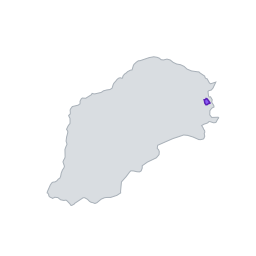 location of Szombathely within Hungary, rotated 160°
{"feature_id": "HUN-4903", "entity_name": "Szombathely", "entity_type": "Urban county", "adm_level": 1, "iso_a3": "HUN", "parent_name": "Hungary", "parent_adm1": "", "projection": "mercator", "projection_center": [16.615, 47.219], "detail": "fine", "context": "in_parent", "style": "filled", "palette": "violet", "viewbox_px": 256, "rotation_deg": 160, "n_neighbors": 0, "source": "natural_earth", "source_scale": "10m", "svg_char_len": 2827}
<svg xmlns="http://www.w3.org/2000/svg" viewBox="0 0 256 256"><g transform="rotate(160 128 128)"><path d="M204.6,74.9L207.4,74.5L207.5,74.6L208.1,74.8L208.6,76.8L209.3,78.3L210.0,80.0L210.9,81.4L213.1,81.9L215.9,83.6L217.7,86.6L220.4,87.9L220.6,88.0L221.1,87.8L223.1,87.7L223.4,88.3L225.0,89.8L225.6,91.2L225.3,92.6L225.6,94.2L226.2,94.7L225.5,95.8L220.4,101.1L218.4,102.5L217.1,102.8L215.0,102.3L212.9,102.7L211.0,103.8L209.2,104.2L207.9,105.5L206.2,108.4L204.0,110.9L201.9,112.4L200.8,113.8L200.7,118.4L199.5,119.8L197.9,121.1L197.0,122.3L194.6,129.4L192.7,131.7L191.0,133.4L190.7,135.0L190.7,136.8L188.8,140.5L186.2,144.2L185.7,145.7L186.2,147.8L183.8,150.2L182.3,151.3L181.1,151.9L180.4,153.4L179.2,157.0L179.5,158.6L179.5,160.1L177.4,161.0L176.8,162.6L176.3,164.6L175.4,165.6L173.0,167.2L167.1,166.5L164.9,167.1L164.3,168.3L164.1,169.2L163.4,170.1L162.0,171.3L160.7,171.8L157.6,170.4L151.0,171.8L149.9,172.8L149.0,172.1L147.6,171.4L141.0,170.6L138.4,171.3L134.9,171.0L131.7,170.3L129.3,170.9L127.2,173.7L126.2,174.7L125.3,175.3L123.5,176.2L122.0,177.2L120.0,178.0L118.2,177.9L116.5,176.7L115.9,177.0L115.3,178.1L114.4,179.0L111.9,180.2L111.2,180.2L109.1,181.1L105.9,181.5L104.3,181.2L101.4,185.1L100.5,185.8L97.7,187.0L95.4,187.6L93.4,187.1L92.7,187.1L84.0,186.9L79.4,186.1L76.5,184.5L74.6,182.8L73.6,180.9L71.4,179.8L67.8,179.4L65.1,177.5L63.1,174.2L60.4,171.5L57.0,169.5L54.3,166.8L52.4,163.2L48.8,159.9L43.6,157.1L42.1,156.4L41.8,155.5L39.2,151.9L38.2,150.6L38.3,148.8L37.8,147.8L36.8,147.1L36.4,144.5L36.1,142.6L35.3,141.3L29.8,141.1L34.4,136.5L36.7,135.2L39.4,135.4L40.3,135.0L40.5,134.3L40.9,132.8L41.2,131.4L41.4,130.1L41.1,129.3L39.8,129.1L39.2,125.8L39.9,124.5L40.5,123.7L39.7,119.7L40.0,118.3L42.0,118.1L43.8,117.2L45.2,116.2L45.6,115.0L46.7,112.4L45.7,109.3L39.6,107.3L39.3,106.5L40.7,105.6L42.2,104.3L43.1,103.4L44.2,103.2L45.9,103.7L48.8,106.0L49.9,106.3L51.0,105.7L52.1,105.5L55.3,105.6L58.0,105.1L57.4,102.6L57.4,100.9L56.9,99.5L57.2,97.9L58.3,96.7L58.7,94.0L60.3,92.2L61.1,91.9L64.1,92.3L64.8,92.7L65.3,92.8L70.0,97.3L74.5,100.7L78.1,102.4L83.5,102.5L89.2,102.7L98.8,102.1L106.0,101.6L106.5,100.8L107.5,98.8L106.7,97.1L106.7,95.1L107.9,92.4L111.5,90.3L121.6,89.3L127.5,87.7L128.4,85.4L130.3,83.2L132.1,82.8L134.5,83.8L137.4,85.7L140.0,86.8L141.5,86.1L146.6,82.8L152.6,79.6L156.7,70.9L157.1,69.5L161.5,68.5L168.0,68.7L171.3,69.9L173.8,70.5L177.5,70.3L182.9,68.4L184.9,68.4L186.5,69.8L188.2,70.9L189.3,72.3L190.2,74.3L190.6,75.0L191.4,76.0L192.7,77.4L194.1,77.8L204.0,75.4L204.6,74.9Z" fill="#d9dde1" stroke="#a8b0b8" stroke-width="1"/><path d="M45.5,122.9L46.2,123.1L46.7,123.1L47.3,125.1L47.1,126.2L46.9,127.2L46.8,128.5L46.0,128.3L45.3,128.3L44.5,129.0L43.7,128.3L43.1,126.4L42.7,124.9L42.4,123.8L42.5,123.3L43.3,123.3L43.6,123.6L45.5,122.9Z" fill="#8b5cf6" stroke="#5b21b6" stroke-width="1.5"/></g></svg>